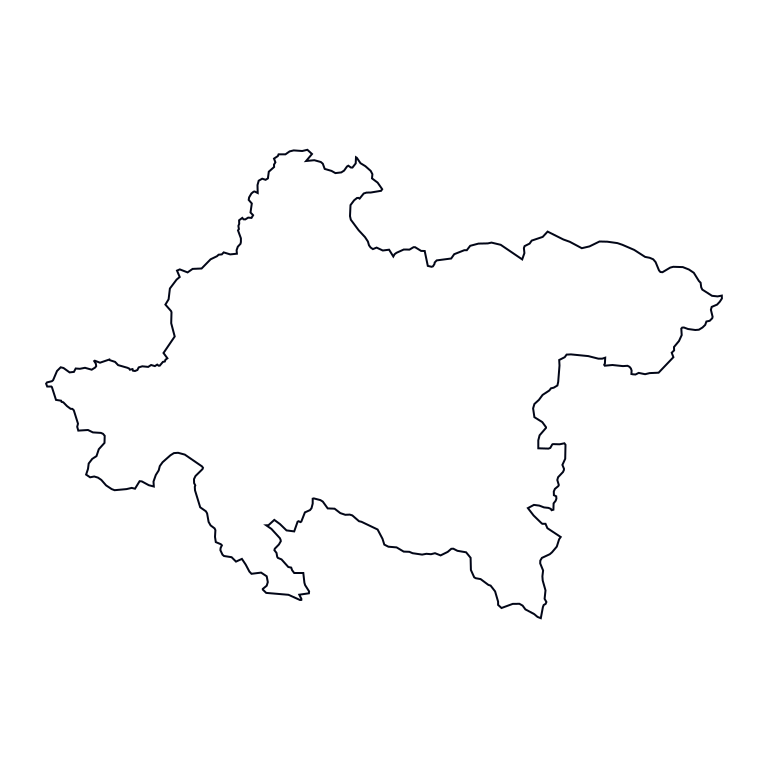 the district of Thuan Chau, Son La, Vietnam
{"feature_id": "81297802B46916310956334", "entity_name": "Thuan Chau", "entity_type": "district", "adm_level": 2, "iso_a3": "VNM", "parent_name": "Vietnam", "parent_adm1": "Son La", "projection": "albers", "projection_center": [103.593, 21.415], "detail": "fine", "context": "isolated", "style": "outline", "palette": "ink", "viewbox_px": 768, "rotation_deg": 0, "n_neighbors": 0, "source": "geoboundaries", "source_scale": "gbopen_adm2", "svg_char_len": 6084}
<svg xmlns="http://www.w3.org/2000/svg" viewBox="0 0 768 768"><path d="M135.0,488.7L139.6,481.2L141.8,481.4L148.8,485.2L153.8,486.5L153.5,481.6L155.8,475.0L158.7,470.4L159.8,466.1L162.6,462.2L170.4,455.3L173.9,453.1L178.1,452.8L184.8,454.6L202.0,466.4L203.0,467.8L202.5,469.1L195.5,476.0L194.0,479.1L194.1,483.1L195.3,485.4L194.8,486.8L195.0,490.3L200.2,507.3L205.9,511.3L207.1,513.4L208.6,521.9L210.6,525.4L214.6,528.4L215.4,530.2L215.0,536.9L215.8,542.1L220.8,544.2L221.9,545.3L220.6,548.0L220.4,550.2L222.5,554.7L224.0,556.0L231.6,557.2L236.0,561.6L241.9,558.9L245.7,564.6L249.4,571.6L251.5,573.8L261.1,572.6L266.7,576.3L267.8,582.1L266.7,585.7L262.8,588.9L262.8,589.6L266.2,592.9L288.5,594.8L300.0,600.0L301.3,599.9L301.4,598.9L299.3,594.7L308.9,593.3L309.1,591.4L305.1,585.1L304.4,582.7L303.3,573.0L294.2,573.0L292.1,570.2L291.2,567.6L288.3,567.0L281.5,559.4L277.9,557.9L277.2,556.8L276.5,552.9L274.4,550.2L274.8,548.7L278.9,544.5L280.8,541.2L280.6,539.9L279.9,538.2L271.4,528.9L266.2,525.3L268.5,525.2L274.3,519.9L280.0,524.1L286.5,530.4L294.2,531.4L297.6,521.7L298.6,521.2L300.4,522.1L301.3,521.6L304.9,512.4L310.0,510.1L311.5,508.2L312.7,503.6L312.7,498.7L313.8,498.4L320.4,500.1L322.8,501.6L327.7,508.4L334.6,508.7L340.3,513.1L345.3,514.8L349.7,514.6L352.3,515.4L359.0,521.2L361.5,521.8L377.6,529.5L382.5,538.8L384.3,544.6L388.4,546.7L396.6,547.4L403.7,551.6L409.3,551.8L412.6,553.2L422.1,554.6L426.4,553.8L431.0,554.2L435.0,553.2L440.6,555.4L447.7,551.9L451.3,548.8L453.3,548.7L457.4,550.8L466.1,552.3L470.6,557.8L470.9,570.0L474.2,577.3L475.7,578.2L480.6,579.1L488.4,584.9L490.6,585.6L495.1,591.4L498.1,601.7L498.1,604.9L501.5,608.0L512.7,603.9L519.4,603.8L522.6,605.6L525.4,609.4L534.2,614.1L537.5,616.9L540.8,618.2L542.9,607.1L543.7,605.0L545.6,603.9L546.4,602.0L544.6,598.8L545.5,590.4L542.7,580.5L542.4,576.3L543.1,570.5L540.2,563.4L540.3,560.6L541.9,557.9L549.8,554.2L552.0,552.3L556.8,546.6L559.1,539.3L560.7,537.0L547.4,528.2L545.5,523.8L542.3,523.8L541.2,522.9L533.6,515.5L527.9,508.1L533.9,504.9L539.3,505.6L544.0,507.4L548.5,507.9L550.8,508.9L551.6,510.2L553.4,509.7L553.6,503.4L555.7,500.7L556.4,498.6L556.2,496.3L553.9,495.2L553.8,491.5L554.9,488.9L558.3,486.1L558.8,485.0L557.3,480.0L558.1,477.2L563.0,472.0L563.9,470.0L564.0,468.8L562.4,464.9L565.2,458.8L565.5,444.8L564.4,443.3L559.6,444.3L553.0,444.1L552.2,444.5L550.3,447.9L548.5,448.6L538.3,448.3L538.3,440.3L539.6,435.3L546.0,427.9L546.0,427.2L542.3,422.1L534.4,417.2L533.1,408.4L534.4,404.0L538.9,399.9L542.6,394.9L549.3,390.5L551.0,388.3L553.7,387.7L557.4,385.5L558.2,381.9L559.5,365.5L559.2,360.0L564.7,357.2L566.6,354.6L571.0,354.4L588.3,356.1L598.5,358.7L602.1,358.7L605.2,357.7L604.9,363.5L604.2,364.8L604.8,365.7L612.4,365.0L622.9,366.1L627.5,365.8L629.5,366.8L630.9,368.5L631.6,370.6L631.4,374.0L632.8,374.3L635.5,374.5L638.7,372.9L645.1,374.2L649.6,373.1L658.6,372.7L673.4,357.2L671.7,352.7L674.1,350.4L674.0,347.0L679.0,341.0L681.7,335.1L681.3,328.6L682.2,327.6L683.9,327.5L688.0,329.0L695.3,330.0L698.9,329.7L702.5,327.5L705.2,324.9L706.4,321.5L709.7,320.8L712.2,318.3L712.6,316.8L710.9,309.8L711.7,306.9L717.1,304.6L719.8,301.7L721.9,298.5L721.8,295.6L717.6,296.4L712.0,295.8L702.3,289.6L701.2,287.3L700.6,282.7L698.9,281.0L693.8,272.8L688.9,269.5L682.8,267.1L673.3,266.8L670.2,267.6L662.5,272.2L660.4,272.0L659.0,270.4L655.6,262.1L653.2,259.3L649.7,257.8L645.1,256.9L634.2,249.9L622.4,244.8L617.4,243.1L607.3,241.7L599.5,241.5L589.5,246.4L581.8,248.2L569.8,241.8L563.4,239.5L547.6,231.6L542.7,236.9L531.7,240.6L529.6,243.6L524.6,246.1L523.9,248.1L524.4,253.1L522.2,259.4L500.7,244.8L491.5,242.6L487.8,243.4L478.5,243.6L470.2,245.8L466.8,250.2L464.3,250.2L454.2,254.2L451.2,258.5L436.7,260.4L434.7,262.5L434.5,263.9L433.0,266.3L431.6,266.8L427.8,265.9L424.7,251.0L421.1,250.9L415.1,247.2L413.5,247.2L409.5,249.6L403.8,249.5L396.5,252.8L394.6,254.2L393.3,256.5L389.1,249.7L382.8,250.5L376.6,247.6L372.9,249.1L370.6,247.5L369.0,245.3L367.9,241.5L365.0,237.1L358.6,230.2L350.8,219.7L350.0,216.1L350.5,205.1L354.1,200.3L357.0,198.0L358.4,197.9L359.6,198.6L363.7,193.5L366.5,192.6L370.9,192.5L381.1,190.8L382.2,189.2L377.6,182.6L372.0,178.4L372.4,174.2L370.7,170.9L365.4,166.2L360.5,163.2L356.8,157.8L356.0,157.3L355.7,163.4L352.5,167.5L350.9,167.5L348.3,165.7L347.0,166.5L344.1,170.6L341.3,172.4L335.4,173.1L331.5,170.9L324.7,168.9L322.8,163.7L320.8,162.0L314.3,160.2L306.1,161.0L312.0,154.0L307.4,149.8L302.2,151.0L293.7,150.4L289.6,151.4L285.5,154.3L278.6,154.3L277.8,156.1L274.0,158.6L275.4,162.3L274.0,164.6L274.1,167.0L268.8,171.7L267.9,178.4L265.6,179.8L262.2,178.7L258.7,180.7L257.5,185.1L257.7,193.0L254.6,191.5L253.6,191.7L251.4,193.5L249.1,197.4L248.7,199.9L251.8,203.5L250.5,212.5L253.1,215.2L251.5,217.9L248.2,217.6L245.3,219.4L243.5,219.3L242.3,217.9L239.1,220.3L239.2,223.8L238.4,225.9L238.9,229.1L238.0,230.4L240.9,238.3L240.9,242.0L240.5,243.8L237.8,246.7L236.6,250.2L236.9,253.7L230.2,254.4L223.7,252.4L221.8,254.4L218.6,254.7L217.0,256.2L210.6,259.3L201.6,268.5L192.6,268.9L187.6,272.4L179.8,269.4L177.0,270.6L179.7,277.0L176.6,279.6L169.9,288.5L168.6,299.3L165.4,304.6L171.1,311.1L171.5,312.3L171.2,323.2L174.7,336.5L163.5,353.0L167.4,358.3L165.5,359.7L164.8,361.5L162.9,361.9L159.7,365.7L158.6,365.7L157.2,364.6L154.9,366.1L151.1,365.0L148.2,366.9L142.3,366.3L138.7,367.4L137.4,370.0L135.0,371.0L133.0,370.7L132.5,369.1L129.9,369.7L129.2,368.6L127.5,367.8L118.1,365.1L115.1,361.9L109.6,360.1L109.4,359.5L100.0,362.7L94.8,360.7L94.2,361.1L95.8,363.6L96.2,366.1L95.2,367.5L91.7,369.7L85.0,367.8L79.9,368.8L75.7,368.5L73.9,371.9L69.6,372.4L63.5,368.0L60.7,367.3L57.0,371.0L53.1,380.2L51.9,381.2L47.0,382.4L46.1,383.7L47.2,386.5L51.3,386.5L51.9,387.1L56.0,399.9L61.1,400.7L61.6,401.9L63.3,402.3L67.0,406.1L70.6,408.8L72.4,408.9L73.8,410.3L78.0,423.7L77.2,426.8L78.3,430.6L88.0,430.0L92.9,432.4L100.9,432.9L103.0,433.8L104.7,435.8L104.5,442.9L98.8,449.2L96.5,456.1L92.3,458.8L88.7,463.5L88.0,468.9L86.1,474.6L90.1,477.3L94.2,476.5L97.9,477.6L101.3,479.9L106.1,485.4L111.7,489.1L114.6,490.2L126.5,489.1L131.7,487.9L135.0,488.7Z" fill="none" stroke="#020617" stroke-width="2"/></svg>